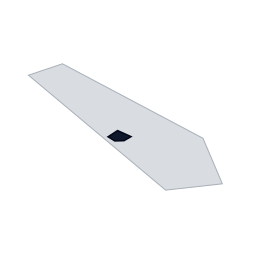 where George Hill sits in Anguilla, rotated 60°
{"feature_id": "AIA-5116", "entity_name": "George Hill", "entity_type": "District", "adm_level": 1, "iso_a3": "AIA", "parent_name": "Anguilla", "parent_adm1": "", "projection": "robinson", "projection_center": [-63.068, 18.211], "detail": "fine", "context": "in_parent", "style": "filled", "palette": "ink", "viewbox_px": 256, "rotation_deg": 60, "n_neighbors": 0, "source": "natural_earth", "source_scale": "10m", "svg_char_len": 372}
<svg xmlns="http://www.w3.org/2000/svg" viewBox="0 0 256 256"><g transform="rotate(60 128 128)"><path d="M200.6,126.5L32.5,187.8L39.6,152.7L174.4,68.2L223.5,74.2L200.6,126.5Z" fill="#d9dde1" stroke="#a8b0b8" stroke-width="1"/><path d="M125.0,138.3L137.0,129.7L137.0,137.8L132.6,145.9L125.6,149.7L125.0,138.3Z" fill="#0f172a" stroke="#020617" stroke-width="1.5"/></g></svg>